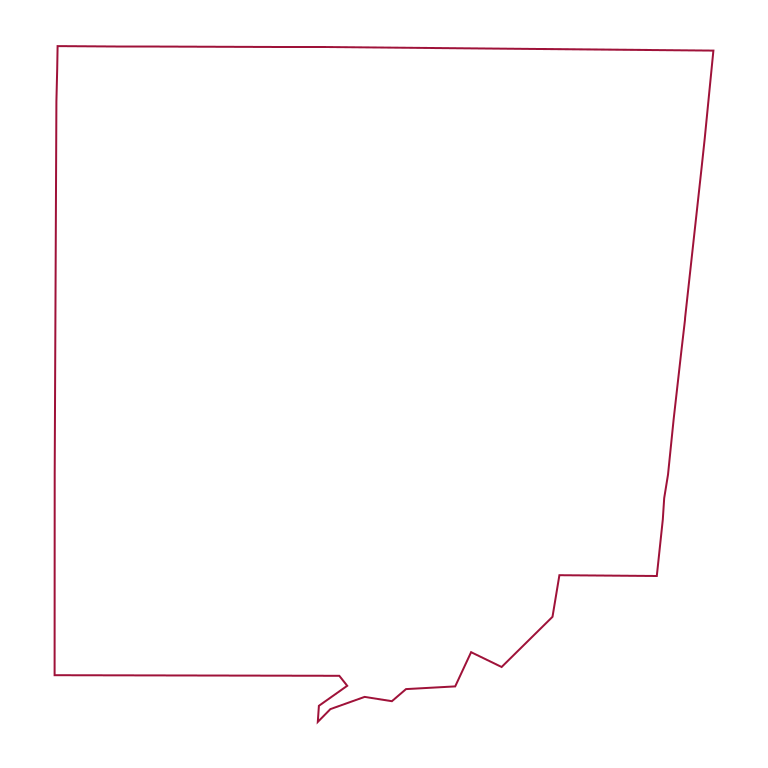 the district of Monroe, Mississippi, United States of America
{"feature_id": "52423323B75107932939522", "entity_name": "Monroe", "entity_type": "district", "adm_level": 2, "iso_a3": "USA", "parent_name": "United States of America", "parent_adm1": "Mississippi", "projection": "albers", "projection_center": [-88.422, 33.87], "detail": "fine", "context": "isolated", "style": "outline", "palette": "rose", "viewbox_px": 768, "rotation_deg": 0, "n_neighbors": 0, "source": "geoboundaries", "source_scale": "gbopen_adm2", "svg_char_len": 545}
<svg xmlns="http://www.w3.org/2000/svg" viewBox="0 0 768 768"><path d="M280.9,47.0L141.0,46.5L115.6,46.5L57.6,46.1L57.2,68.9L56.4,101.5L54.7,473.6L54.6,675.2L339.3,675.8L347.2,685.8L318.9,705.8L317.8,721.9L330.4,709.1L364.6,696.9L391.9,701.2L406.0,689.1L455.2,686.4L471.1,652.2L501.6,667.0L552.5,616.8L559.4,575.2L656.8,576.0L662.8,519.6L664.2,498.1L668.0,474.7L673.7,418.8L681.5,349.9L685.0,319.8L685.0,319.6L685.1,317.8L701.6,167.7L704.7,138.8L709.1,94.0L713.4,50.6L322.3,47.0L280.9,47.0Z" fill="none" stroke="#9f1239" stroke-width="2"/></svg>